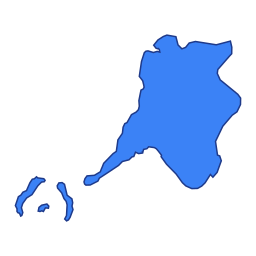 the district of Conakry, Dubréka, Guinea
{"feature_id": "49546643B29247776226513", "entity_name": "Conakry", "entity_type": "district", "adm_level": 2, "iso_a3": "GIN", "parent_name": "Guinea", "parent_adm1": "Dubréka", "projection": "albers", "projection_center": [-13.665, 9.597], "detail": "fine", "context": "isolated", "style": "filled", "palette": "blue", "viewbox_px": 256, "rotation_deg": 0, "n_neighbors": 0, "source": "geoboundaries", "source_scale": "gbopen_adm2", "svg_char_len": 2054}
<svg xmlns="http://www.w3.org/2000/svg" viewBox="0 0 256 256"><path d="M189.2,43.0L185.6,47.4L181.9,48.8L178.0,44.9L175.9,36.7L166.9,35.1L163.3,36.5L158.0,39.9L153.7,45.2L156.0,48.2L157.8,48.8L158.2,48.5L159.3,49.5L159.8,52.1L157.2,51.4L153.4,52.5L148.0,50.9L145.9,51.2L144.3,52.7L141.5,61.5L139.3,76.4L142.7,80.8L143.7,84.9L144.1,87.2L143.2,89.0L141.0,90.1L140.2,94.0L138.9,100.6L139.3,106.2L138.4,109.7L136.1,112.1L131.5,114.6L127.0,122.6L125.5,123.3L124.8,123.6L123.1,127.2L122.4,133.3L117.9,139.9L117.4,143.7L116.3,151.4L113.1,153.6L103.7,163.3L102.2,167.1L101.4,168.9L100.3,171.8L94.4,175.3L87.0,175.9L85.0,178.6L84.0,181.9L84.6,184.0L85.9,185.1L90.2,185.0L97.9,181.1L99.4,178.1L107.5,172.8L118.6,165.4L122.4,161.5L129.0,159.8L132.0,156.9L133.8,156.5L135.5,152.2L138.6,153.6L139.4,153.5L142.6,153.0L142.7,152.7L142.6,152.3L142.8,152.4L142.9,151.8L143.6,149.4L146.9,148.7L148.7,146.8L154.4,147.6L156.4,148.8L158.1,150.8L161.5,155.2L161.1,156.7L166.5,164.2L176.2,174.1L182.4,182.7L185.8,185.9L191.8,188.6L197.6,188.4L201.7,186.1L205.1,182.8L210.4,174.5L212.9,177.2L217.1,172.4L220.7,162.4L221.3,160.8L219.7,155.9L217.5,155.1L215.5,141.4L222.8,126.2L232.2,115.2L237.0,111.8L240.5,104.5L240.6,98.1L237.8,94.3L223.9,82.9L220.2,79.9L217.3,73.5L217.3,73.3L217.8,69.5L229.3,56.3L231.7,53.7L231.8,47.2L230.4,41.1L216.3,44.8L195.4,41.5L189.2,43.0ZM21.8,215.5L22.8,212.6L21.4,207.7L22.7,203.5L26.6,198.0L32.0,194.6L37.9,185.7L41.5,182.1L44.3,181.7L45.1,180.3L43.8,178.7L37.7,177.9L36.5,176.8L34.3,178.8L32.3,179.2L29.9,182.8L26.5,190.6L22.9,192.2L20.9,195.1L18.4,196.7L15.4,205.6L17.0,208.7L17.0,211.5L18.0,212.8L19.5,213.2L20.7,216.1L21.8,215.5ZM68.5,219.9L70.1,217.3L73.0,209.6L72.0,206.1L72.7,202.8L71.9,198.8L67.1,195.2L64.5,184.3L62.1,182.6L58.9,182.9L57.2,185.8L57.6,188.1L61.7,192.9L64.0,198.6L66.2,201.4L67.1,204.9L67.0,206.8L66.5,215.6L64.7,219.0L66.6,220.9L68.5,219.9ZM48.8,206.1L46.9,204.0L41.7,205.2L39.0,207.4L38.2,211.1L40.0,211.5L41.8,210.8L43.4,211.5L45.4,207.9L48.4,208.2L48.8,206.1Z" fill="#3b82f6" stroke="#1e3a8a" stroke-width="1.5"/></svg>